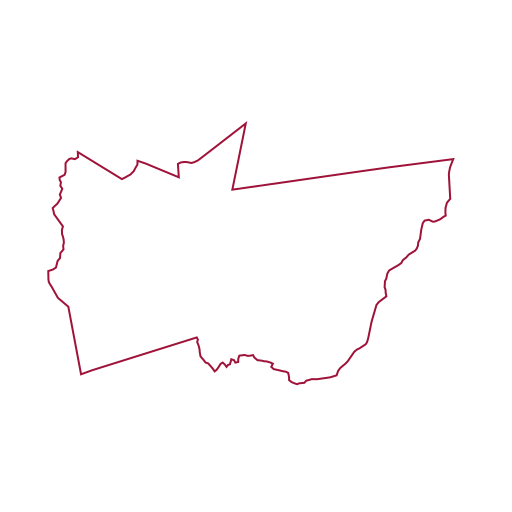 Alto Santo, Ceará, Brazil (Natural Earth projection), rotated 352°
{"feature_id": "56859067B2763154043889", "entity_name": "Alto Santo", "entity_type": "district", "adm_level": 2, "iso_a3": "BRA", "parent_name": "Brazil", "parent_adm1": "Ceará", "projection": "natural_earth1", "projection_center": [-38.196, -5.516], "detail": "fine", "context": "isolated", "style": "outline", "palette": "rose", "viewbox_px": 512, "rotation_deg": 352, "n_neighbors": 0, "source": "geoboundaries", "source_scale": "gbopen_adm2", "svg_char_len": 2399}
<svg xmlns="http://www.w3.org/2000/svg" viewBox="0 0 512 512"><g transform="rotate(352 256 256)"><path d="M464.8,187.5L398.3,186.7L374.5,186.7L370.8,186.7L324.0,186.8L295.0,186.9L241.8,187.0L258.4,140.1L260.9,133.0L264.3,123.3L251.2,130.8L220.4,148.4L211.7,153.3L207.8,154.5L205.0,154.9L202.4,154.0L200.0,153.2L197.6,152.9L194.5,152.9L191.5,153.9L190.5,167.3L162.5,150.8L160.4,149.5L151.9,145.2L151.3,149.0L149.1,151.7L146.7,155.0L142.9,157.9L139.9,159.0L137.5,160.0L133.9,161.2L94.0,128.3L93.5,133.4L90.2,134.9L86.7,133.6L84.5,134.0L81.9,135.9L80.3,137.6L79.1,146.4L77.7,149.0L72.3,150.9L72.2,153.3L73.1,155.9L72.0,159.3L73.5,162.4L72.0,165.1L70.3,167.8L71.0,171.4L66.6,176.5L63.4,178.7L61.3,180.3L61.7,183.1L61.9,186.5L68.9,199.8L67.4,203.4L67.0,207.3L67.5,210.0L67.8,212.6L67.6,216.1L66.4,219.2L66.3,222.6L64.5,224.3L62.7,225.8L61.6,230.8L58.9,233.2L57.7,236.1L56.3,239.6L53.1,241.1L48.2,242.0L47.2,250.1L47.2,252.9L48.0,255.1L49.4,258.1L54.0,269.9L63.1,280.1L65.0,321.0L66.3,348.8L77.4,346.4L186.0,328.4L186.8,330.6L185.8,333.0L186.7,336.8L187.1,340.6L186.9,343.7L187.1,347.8L189.6,351.6L191.2,354.5L193.6,355.6L195.6,358.5L197.5,361.5L199.0,364.5L201.2,363.2L203.4,360.9L205.9,357.9L208.2,356.9L210.0,359.1L211.4,361.7L213.0,360.1L215.1,359.6L216.2,357.2L217.2,354.8L219.8,356.2L220.7,358.7L223.6,358.5L224.1,355.4L225.6,352.4L228.2,352.4L230.9,352.4L234.0,353.8L236.9,353.9L239.2,353.7L240.3,356.4L243.0,359.4L246.4,360.2L249.5,361.4L251.9,361.9L255.3,363.4L257.7,365.0L255.7,367.9L257.8,370.5L260.9,371.6L263.2,372.5L266.7,373.9L269.4,374.7L271.6,376.2L271.9,380.4L271.5,383.6L273.8,385.9L276.7,387.6L278.9,388.7L280.9,388.1L283.1,388.2L286.2,388.3L288.5,386.4L290.9,386.2L294.0,385.7L297.4,386.2L299.5,386.5L312.4,386.5L319.2,385.4L321.4,381.1L323.9,378.6L329.8,374.9L332.3,372.9L340.1,364.4L343.1,362.6L345.3,362.0L352.3,358.7L353.9,356.9L355.6,353.2L361.3,337.2L368.5,321.2L371.3,318.6L379.5,314.1L379.3,310.4L379.6,307.5L379.0,305.0L380.2,298.9L381.8,296.7L383.6,291.7L385.8,288.9L388.6,287.7L396.1,284.7L399.0,283.1L400.8,280.6L404.5,278.4L407.4,275.9L414.2,272.9L416.1,271.2L417.8,268.3L418.6,265.0L420.8,261.9L423.3,253.0L425.7,246.7L427.9,244.4L432.2,244.2L436.0,246.7L438.2,246.7L443.4,245.3L447.1,243.3L449.5,242.4L449.6,239.2L450.4,234.7L452.5,229.8L456.3,226.4L458.3,202.3L458.9,199.8L460.5,195.2L462.5,191.6L464.8,187.5Z" fill="none" stroke="#9f1239" stroke-width="2"/></g></svg>